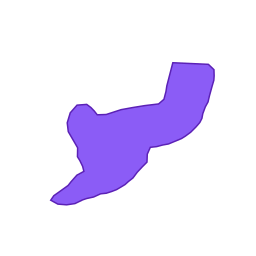 Palmelo, Goiás, Brazil (Natural Earth projection), rotated 58°
{"feature_id": "56859067B29924279004635", "entity_name": "Palmelo", "entity_type": "district", "adm_level": 2, "iso_a3": "BRA", "parent_name": "Brazil", "parent_adm1": "Goiás", "projection": "natural_earth1", "projection_center": [-48.394, -17.308], "detail": "fine", "context": "isolated", "style": "filled", "palette": "violet", "viewbox_px": 256, "rotation_deg": 58, "n_neighbors": 0, "source": "geoboundaries", "source_scale": "gbopen_adm2", "svg_char_len": 934}
<svg xmlns="http://www.w3.org/2000/svg" viewBox="0 0 256 256"><g transform="rotate(58 128 128)"><path d="M112.6,181.0L118.1,181.2L125.6,186.1L130.1,186.1L136.5,186.8L141.4,188.4L140.9,196.3L143.4,204.8L145.0,209.2L145.8,221.5L146.1,226.8L148.3,231.8L155.4,227.8L160.6,220.8L164.0,213.0L164.9,204.6L165.9,200.4L168.3,193.7L169.3,186.1L171.8,181.0L173.2,175.5L174.2,170.3L174.4,160.5L173.6,156.0L173.0,150.3L170.4,143.6L168.5,136.5L167.0,130.0L160.4,125.5L156.2,119.3L159.0,113.5L160.8,107.6L163.0,102.1L165.3,88.2L165.3,83.8L164.8,77.1L163.1,69.7L161.4,64.2L159.0,60.2L155.5,57.0L151.1,51.3L148.3,46.3L143.8,41.8L137.0,34.4L133.0,29.9L129.4,27.3L124.1,24.2L116.6,26.1L96.4,55.4L112.9,72.8L117.1,76.4L122.7,82.3L123.8,89.3L117.9,101.9L113.1,113.3L108.8,124.1L105.0,139.3L100.5,147.1L95.8,147.6L91.0,148.6L86.1,150.5L81.6,159.1L84.5,168.9L91.4,176.8L99.5,180.6L112.6,181.0Z" fill="#8b5cf6" stroke="#5b21b6" stroke-width="1.5"/></g></svg>